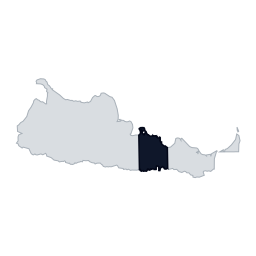 Chubut on a map of Argentina (Mercator projection), rotated 269°
{"feature_id": "ARG-1274", "entity_name": "Chubut", "entity_type": "Province", "adm_level": 1, "iso_a3": "ARG", "parent_name": "Argentina", "parent_adm1": "", "projection": "mercator", "projection_center": [-67.684, -44.0], "detail": "fine", "context": "in_parent", "style": "filled", "palette": "ink", "viewbox_px": 256, "rotation_deg": 269, "n_neighbors": 0, "source": "natural_earth", "source_scale": "10m", "svg_char_len": 7906}
<svg xmlns="http://www.w3.org/2000/svg" viewBox="0 0 256 256"><g transform="rotate(269 128 128)"><path d="M158.7,63.9L157.3,66.2L157.6,67.8L156.4,71.6L156.7,72.4L155.7,74.2L156.1,76.2L155.5,78.1L155.8,80.5L155.4,81.2L154.5,81.4L153.9,84.7L154.7,88.0L154.0,88.6L155.2,91.0L159.0,93.1L160.9,95.3L161.0,96.2L160.0,97.5L159.9,98.6L160.4,100.2L161.4,101.1L163.2,101.7L163.5,103.9L163.2,105.3L159.7,110.4L159.0,112.6L155.8,114.9L147.3,117.5L140.8,118.5L137.0,118.3L134.6,117.2L134.8,120.1L136.0,121.0L135.4,121.1L135.9,121.6L135.6,124.0L134.8,124.5L134.2,126.5L134.3,128.2L135.0,129.7L134.3,131.1L131.4,132.6L128.0,132.9L121.7,130.6L122.0,130.2L121.6,130.1L120.6,130.6L120.2,132.6L120.9,135.7L120.7,138.5L121.0,139.4L123.3,140.4L123.2,141.5L123.9,141.7L125.6,141.4L125.8,140.5L124.9,140.2L127.1,139.5L128.0,140.6L128.0,143.5L127.6,144.2L125.9,144.8L125.4,144.6L124.4,142.6L123.6,142.2L121.1,143.3L120.8,143.9L124.4,145.4L121.8,146.9L119.7,149.6L119.6,154.6L119.1,156.0L117.7,157.3L117.4,158.3L117.9,158.9L117.7,159.8L114.9,159.5L112.9,161.1L111.1,161.6L107.7,167.4L108.2,170.3L111.9,174.5L116.6,175.6L117.2,177.0L117.0,178.7L116.5,179.7L114.7,180.7L116.2,180.7L116.8,181.6L108.4,189.3L107.3,191.6L106.8,196.4L106.1,197.4L104.4,198.4L103.2,197.4L102.3,195.6L102.3,197.0L100.7,197.6L102.6,197.6L103.5,198.8L100.9,200.6L100.1,202.2L99.8,204.5L98.8,205.8L99.6,205.5L100.3,210.0L98.2,210.3L100.8,211.1L103.7,216.3L103.4,216.7L103.3,216.2L95.7,213.8L85.4,213.5L85.5,212.8L83.2,210.0L83.7,208.0L83.4,206.3L83.9,204.8L83.5,203.0L82.7,202.4L79.4,203.4L77.6,198.5L77.8,195.9L77.2,194.3L77.8,192.1L79.5,192.0L80.0,189.8L82.1,188.1L82.2,186.0L83.5,184.8L83.8,183.7L82.6,181.1L83.5,178.2L85.8,176.0L85.6,173.2L86.8,171.9L85.9,168.2L87.2,166.7L86.6,165.9L86.6,164.0L87.8,163.5L88.6,161.4L87.3,159.6L85.1,159.1L85.0,158.1L89.0,158.1L89.6,156.6L89.3,155.8L86.2,155.3L86.2,153.4L86.9,152.1L86.3,150.9L86.6,149.7L85.8,148.0L86.6,147.2L84.5,145.5L84.5,142.7L85.0,141.9L84.7,140.4L86.6,139.0L85.7,136.3L85.9,131.1L85.6,129.8L86.8,127.7L86.2,126.3L87.0,125.3L86.7,122.7L87.6,122.5L88.3,118.1L90.6,116.8L91.1,116.0L89.5,110.5L89.7,108.5L89.4,107.5L89.8,106.3L89.4,104.6L90.1,102.6L91.7,101.7L91.8,101.1L93.4,99.7L93.4,96.3L92.6,94.5L93.5,93.9L94.0,91.3L95.2,88.7L96.2,88.2L96.0,85.2L96.4,82.4L95.0,81.9L95.4,80.0L94.9,79.5L94.6,77.5L93.7,75.7L93.7,74.9L94.2,74.4L93.2,73.7L92.5,72.1L92.7,70.6L92.8,69.6L93.9,68.8L93.7,68.1L94.6,65.0L95.7,64.9L96.3,63.8L95.7,63.2L95.8,61.4L95.3,58.8L96.4,57.5L97.2,53.5L99.7,50.7L101.4,46.2L102.7,46.1L104.1,45.2L102.7,42.3L103.6,40.5L102.6,36.7L102.9,35.3L103.7,34.5L102.8,33.1L103.1,31.9L104.4,30.6L109.0,28.6L110.7,22.8L109.8,21.8L112.2,18.5L114.0,17.9L114.8,16.2L117.0,17.9L121.0,17.9L123.0,18.6L124.4,21.9L126.5,17.5L132.0,17.3L133.1,18.9L135.2,20.7L136.6,23.2L141.2,27.0L147.0,28.9L150.6,31.5L154.8,33.8L156.9,34.3L158.5,35.8L158.9,37.0L157.9,37.9L157.2,39.7L156.1,40.7L155.6,41.8L155.7,43.2L153.5,46.1L153.6,47.1L155.8,46.9L161.2,48.0L163.8,48.0L164.6,48.5L166.0,47.2L168.3,47.7L169.8,45.4L171.3,45.0L172.9,43.4L173.6,41.4L173.9,37.2L174.8,37.5L176.3,36.9L177.6,37.8L178.8,41.3L178.5,44.7L177.9,46.0L176.3,46.8L175.4,47.8L172.8,48.5L171.4,50.3L168.3,52.3L168.5,53.3L167.4,53.2L162.1,60.4L158.7,63.9ZM102.3,238.2L102.5,219.2L104.5,222.8L103.5,222.6L103.2,224.3L104.9,224.7L105.6,226.9L109.3,231.1L114.7,235.4L120.1,236.6L118.6,238.7L113.3,239.8L110.1,238.6L102.3,238.2ZM122.2,237.9L123.8,237.2L127.0,237.0L122.8,238.6L122.2,237.9ZM136.7,119.4L136.7,120.0L135.8,119.1L136.7,119.4Z" fill="#d9dde1" stroke="#a8b0b8" stroke-width="1"/><path d="M85.7,139.9L85.9,139.7L86.3,139.6L86.6,139.4L86.6,139.2L86.6,138.9L86.5,138.7L120.3,138.7L120.7,138.7L121.0,139.3L121.1,139.5L121.3,139.7L121.7,140.0L121.9,140.0L122.1,140.1L122.3,140.2L122.8,140.3L123.0,140.4L123.4,140.4L123.5,140.4L123.7,140.6L123.1,141.3L123.0,141.6L123.6,141.6L123.8,141.7L124.2,141.7L124.5,141.6L125.4,141.7L125.5,141.6L125.8,141.3L125.8,141.2L125.8,140.9L125.8,140.6L125.7,140.5L125.4,140.4L124.8,140.5L124.6,140.4L124.3,140.3L124.5,140.2L125.2,140.1L125.9,139.8L126.3,139.5L126.7,139.2L127.0,139.2L127.3,139.2L127.4,139.4L127.6,139.6L127.7,140.0L127.8,140.2L128.0,140.5L128.2,141.0L128.1,141.7L128.2,142.8L128.2,143.0L128.0,143.3L127.9,143.6L128.0,143.9L127.7,144.2L127.4,144.4L126.4,144.6L125.9,144.6L125.7,144.7L125.5,144.8L125.4,144.7L125.2,144.5L125.0,144.1L124.8,144.0L124.8,143.9L125.0,143.2L124.8,142.9L124.6,142.7L124.4,142.4L124.1,142.2L123.8,142.2L123.3,142.2L122.9,142.2L122.7,142.3L122.3,142.5L122.0,143.0L121.4,143.1L121.1,143.5L120.9,143.7L120.9,143.8L120.9,144.0L121.0,144.1L121.4,144.3L121.7,144.4L122.3,144.7L122.8,145.1L123.1,145.2L123.5,145.2L123.9,145.4L124.0,145.4L124.5,145.2L124.5,145.5L124.4,145.7L123.8,146.1L123.2,146.3L122.2,146.6L121.3,147.3L121.0,147.6L120.8,147.7L120.8,147.8L120.8,148.2L120.8,148.4L120.6,148.5L120.2,148.9L119.9,149.4L119.6,149.7L119.3,150.2L119.3,150.3L119.3,150.7L119.4,151.1L119.4,151.3L119.5,151.5L119.6,151.9L119.6,152.0L119.6,152.3L119.8,152.4L119.7,152.5L119.7,152.8L119.8,152.9L120.0,152.9L119.8,153.1L119.8,153.4L119.8,153.5L119.5,153.7L119.5,153.8L119.4,154.0L119.4,154.3L119.5,154.5L119.6,154.8L119.7,155.0L119.8,155.0L119.8,155.3L119.7,155.4L119.6,155.5L119.4,155.7L119.3,155.8L119.4,156.0L119.5,156.1L119.6,156.3L119.4,156.3L119.3,156.2L119.2,156.2L119.2,156.3L119.1,156.5L119.1,156.8L119.1,156.7L119.0,156.9L118.9,156.8L118.9,156.7L118.6,156.7L118.6,156.8L118.4,156.9L118.2,157.0L117.9,157.2L117.7,157.4L117.5,157.7L117.4,157.9L117.4,158.1L117.4,158.3L117.3,158.5L117.3,158.8L117.5,158.9L117.6,159.0L117.7,158.9L117.9,159.0L118.1,159.0L118.3,159.3L118.0,159.5L117.9,159.6L118.0,159.7L118.0,159.8L117.9,159.8L117.9,160.0L117.7,160.1L117.1,159.9L116.9,160.0L116.7,160.0L116.8,159.9L116.7,159.8L116.4,159.8L116.4,160.1L116.2,160.1L116.0,159.9L115.8,159.8L115.6,159.8L115.3,159.7L115.0,159.7L114.9,159.7L114.7,159.9L114.4,160.2L114.1,160.1L113.9,160.1L113.5,160.3L113.3,160.4L113.2,160.6L113.6,160.8L113.5,161.0L112.9,160.8L112.9,161.0L113.1,161.0L113.2,161.3L112.5,161.3L111.4,161.5L111.1,161.6L110.7,162.0L110.4,162.3L110.3,162.6L109.9,163.1L109.6,163.6L109.4,163.8L109.2,164.1L109.0,164.5L109.0,164.9L109.1,165.0L108.9,165.1L108.9,165.3L108.9,165.5L108.5,165.8L108.4,166.0L108.2,166.2L108.2,166.3L108.0,166.6L107.9,166.8L107.8,167.0L87.1,167.0L87.3,166.8L87.2,166.6L87.1,166.4L87.0,166.2L86.8,166.1L86.6,166.0L86.5,165.9L86.6,165.5L86.5,165.3L86.3,165.1L86.4,164.8L86.4,164.6L86.4,164.4L86.6,164.1L86.5,163.9L86.6,163.7L87.1,163.5L87.5,163.6L87.9,163.4L87.9,163.2L87.8,162.8L87.8,162.7L88.4,162.5L88.8,161.9L88.8,161.7L88.7,161.5L88.5,161.3L88.4,161.1L88.1,160.9L87.9,160.7L87.8,160.2L87.6,159.8L87.4,159.6L87.2,159.6L86.8,159.6L86.5,159.3L86.4,159.2L86.3,159.3L86.0,159.4L85.8,159.4L85.4,159.2L85.2,159.1L84.9,159.1L84.9,158.6L84.8,158.2L85.0,158.0L85.3,158.1L86.0,158.3L86.1,158.2L86.4,158.0L86.5,158.0L87.0,158.2L87.6,158.0L87.8,157.9L88.1,158.0L88.4,158.3L88.7,158.3L88.9,158.3L89.0,158.2L89.2,157.7L89.2,157.3L89.2,157.2L89.4,156.8L89.6,156.8L89.7,156.7L89.8,156.5L89.8,156.4L89.6,156.2L89.5,155.8L89.4,155.7L88.9,155.6L88.1,155.5L87.1,155.5L86.8,155.4L86.6,155.4L86.4,155.5L86.2,155.5L86.0,155.3L86.0,155.2L86.3,154.9L86.1,154.5L86.2,154.4L86.3,154.2L86.2,154.0L86.1,153.7L86.0,153.4L86.3,153.2L86.5,153.1L87.0,152.3L87.0,152.2L86.7,151.5L86.5,151.4L86.5,151.2L86.3,151.1L86.2,151.0L86.2,150.9L86.3,150.7L86.7,150.5L86.8,150.4L86.7,149.8L86.5,149.6L86.3,149.4L85.9,149.4L86.0,149.1L86.0,148.9L85.8,148.7L85.6,148.8L85.5,148.7L85.6,148.3L85.7,148.2L85.8,147.9L86.0,147.8L86.3,147.7L86.5,147.7L86.6,147.4L86.5,147.2L86.6,146.9L86.5,146.7L86.0,146.5L85.2,146.4L84.8,146.1L84.6,145.9L84.5,145.6L84.7,144.6L84.7,143.6L84.6,143.2L84.5,142.8L84.6,142.5L84.7,142.3L84.8,142.2L85.1,142.1L84.9,141.7L85.0,141.2L84.9,141.1L84.7,140.8L84.6,140.7L84.9,140.2L85.0,140.0L85.1,139.7L85.4,139.5L85.5,139.8L85.7,139.9Z" fill="#0f172a" stroke="#020617" stroke-width="1.5"/></g></svg>